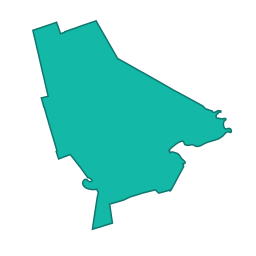 outline of Ramnicelu, Braila, Romania, rotated 185°
{"feature_id": "2599482B58935779771922", "entity_name": "Ramnicelu", "entity_type": "district", "adm_level": 2, "iso_a3": "ROU", "parent_name": "Romania", "parent_adm1": "Braila", "projection": "mercator", "projection_center": [27.499, 45.287], "detail": "fine", "context": "isolated", "style": "filled", "palette": "teal", "viewbox_px": 256, "rotation_deg": 185, "n_neighbors": 0, "source": "geoboundaries", "source_scale": "gbopen_adm2", "svg_char_len": 3909}
<svg xmlns="http://www.w3.org/2000/svg" viewBox="0 0 256 256"><g transform="rotate(185 128 128)"><path d="M224.3,195.7L218.2,176.7L215.9,169.9L210.3,152.6L217.0,150.4L216.9,150.2L215.2,145.9L213.7,141.7L213.4,141.8L209.7,132.0L209.7,131.9L208.4,128.8L207.5,126.3L202.9,114.6L200.5,108.6L200.3,108.2L198.5,103.5L196.7,98.9L196.7,98.7L197.5,98.4L194.4,91.1L185.6,95.4L183.2,96.5L176.0,88.9L175.7,88.5L175.4,88.4L174.3,87.1L173.9,86.5L172.5,85.2L171.1,83.6L165.6,77.2L164.0,75.5L164.0,75.1L162.9,75.0L162.2,74.8L161.5,74.5L160.8,74.1L159.9,73.5L159.3,72.9L159.4,72.2L159.7,71.8L160.2,71.4L161.1,71.2L162.1,71.4L163.0,71.7L163.5,72.1L164.1,72.7L165.0,73.1L165.9,73.1L166.5,72.9L167.5,72.1L168.0,71.2L168.3,69.8L168.3,68.6L167.7,67.2L167.5,66.9L167.3,66.7L166.6,66.0L165.9,65.4L165.0,64.8L163.4,64.2L162.1,63.9L159.7,63.6L158.5,63.5L156.0,63.7L153.8,64.4L153.6,63.8L152.1,61.4L152.0,61.1L152.4,57.3L152.5,57.3L152.7,54.6L153.7,39.5L154.2,31.2L154.6,24.0L152.5,24.9L151.0,25.5L149.1,26.2L147.4,26.9L145.5,27.7L143.9,28.3L143.1,28.7L139.6,30.1L138.2,30.7L136.2,31.5L135.2,31.9L135.3,32.4L136.3,36.3L139.2,48.8L139.7,50.7L138.9,50.9L138.2,51.1L136.1,51.9L132.4,53.3L125.9,55.9L119.9,59.5L119.7,59.6L113.4,62.1L107.0,64.8L106.8,64.8L100.4,67.0L100.1,67.1L95.7,68.7L95.4,68.8L91.7,65.8L84.2,68.5L81.0,69.8L80.8,69.0L80.0,69.3L77.6,74.8L75.8,78.9L75.4,79.9L75.4,80.0L71.4,89.3L69.4,93.9L69.2,94.2L70.3,97.1L69.8,97.2L69.4,97.2L69.1,97.3L68.8,97.4L68.6,97.5L68.3,97.8L68.1,98.1L68.0,98.3L68.0,98.7L68.2,99.0L68.3,99.3L68.7,99.7L69.2,100.1L69.7,100.5L70.1,100.8L70.6,101.2L71.2,101.7L71.6,102.0L72.1,102.4L72.5,102.8L72.9,103.3L73.3,103.9L73.6,104.4L74.1,105.0L74.5,105.5L74.9,105.9L75.3,106.1L75.8,106.5L76.2,106.7L76.6,106.9L77.1,107.1L77.7,107.2L78.3,107.4L79.0,107.5L79.7,107.7L80.2,107.8L80.6,107.9L81.7,108.0L82.6,107.8L83.2,107.4L83.7,107.2L84.1,107.2L84.3,107.4L84.5,108.0L84.4,108.8L85.2,109.2L84.9,109.6L84.7,109.9L84.6,110.2L84.3,110.6L84.0,111.0L83.7,111.4L83.2,111.9L82.8,112.3L81.0,114.1L78.6,116.3L76.7,117.8L75.5,118.6L73.9,119.2L73.2,119.5L72.4,119.6L71.7,119.3L71.4,119.0L71.2,118.7L70.9,118.2L70.6,117.5L70.1,116.6L69.2,116.2L68.1,115.9L67.0,116.0L66.2,116.0L65.4,116.2L64.5,116.5L63.7,116.7L62.6,116.9L62.0,117.0L61.3,116.9L60.8,116.6L60.1,116.2L59.5,115.9L58.8,115.7L57.9,115.7L56.8,115.8L55.9,116.0L55.1,116.3L54.0,116.8L52.2,117.9L50.7,119.0L47.4,120.8L43.7,122.2L40.1,123.6L38.7,124.3L36.9,125.1L35.3,126.2L34.2,127.1L33.0,128.1L32.3,129.1L30.5,131.3L29.3,132.6L28.8,132.8L28.1,132.8L27.5,132.9L26.7,132.7L25.4,132.4L25.1,132.7L24.8,133.3L24.7,134.0L24.9,134.5L25.1,135.1L25.6,135.8L26.2,136.2L26.8,136.4L27.5,136.4L28.4,136.2L28.9,136.1L29.4,135.7L30.1,135.5L30.6,135.6L31.1,135.7L31.6,136.1L32.2,136.8L32.7,137.8L33.0,138.7L33.2,139.5L33.3,140.3L33.3,141.3L33.1,142.2L32.9,143.1L32.6,143.6L32.2,144.0L31.6,144.4L31.3,144.8L31.2,145.4L31.4,145.8L31.9,146.0L32.8,145.9L34.2,145.6L35.0,145.3L35.9,145.2L36.7,145.3L37.7,145.6L38.6,145.7L39.4,145.4L40.3,145.5L40.9,146.1L41.2,146.9L41.3,147.8L41.0,149.1L40.3,149.7L40.0,150.0L39.7,150.2L39.4,150.8L38.9,151.5L37.9,151.9L37.5,151.9L37.0,151.8L37.0,152.4L36.9,153.0L37.4,153.0L38.5,153.1L39.5,153.2L40.6,152.7L41.2,152.2L42.0,151.7L42.7,151.3L43.8,151.1L44.4,151.1L45.1,151.4L45.5,151.9L45.6,152.3L45.8,152.4L46.4,152.5L47.2,152.6L47.8,152.8L48.4,152.9L48.8,152.9L49.3,153.1L50.3,153.5L50.4,153.4L51.0,153.5L51.4,153.5L51.8,153.6L52.2,153.7L52.7,154.1L53.4,154.6L53.8,155.0L55.5,156.5L69.4,162.6L77.9,166.3L86.4,169.9L94.4,173.7L111.5,181.5L124.0,187.1L127.7,188.8L143.6,196.0L144.3,196.0L144.6,196.6L151.1,206.0L152.8,208.4L163.7,224.1L164.7,225.6L164.8,225.6L167.0,228.8L169.1,232.0L180.6,226.9L182.1,226.3L190.0,222.6L190.2,222.4L190.6,222.1L191.1,222.0L191.5,222.0L199.5,218.3L199.6,217.8L203.4,216.1L203.9,217.2L208.4,227.1L212.1,225.4L231.3,217.0L227.0,203.9L225.0,197.7L224.3,195.7Z" fill="#14b8a6" stroke="#0f766e" stroke-width="1.5"/></g></svg>